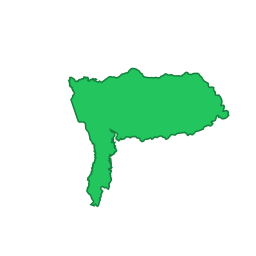 Coari, Amazonas, Brazil, rotated 214°
{"feature_id": "56859067B81707102783786", "entity_name": "Coari", "entity_type": "district", "adm_level": 2, "iso_a3": "BRA", "parent_name": "Brazil", "parent_adm1": "Amazonas", "projection": "robinson", "projection_center": [-64.001, -4.036], "detail": "fine", "context": "isolated", "style": "filled", "palette": "green", "viewbox_px": 256, "rotation_deg": 214, "n_neighbors": 0, "source": "geoboundaries", "source_scale": "gbopen_adm2", "svg_char_len": 5859}
<svg xmlns="http://www.w3.org/2000/svg" viewBox="0 0 256 256"><g transform="rotate(214 128 128)"><path d="M200.3,130.7L199.2,130.0L198.3,130.5L197.7,130.0L196.9,130.2L196.7,129.5L195.9,129.0L195.3,129.1L194.7,128.1L193.4,127.9L191.9,126.9L191.5,126.1L191.9,123.9L191.2,122.7L191.1,119.6L172.9,105.7L171.5,105.8L170.1,107.0L168.3,108.0L167.1,108.2L165.8,107.8L162.4,103.7L158.0,102.2L154.4,98.9L153.4,97.5L149.8,96.1L148.7,95.1L148.4,95.8L148.0,95.8L147.3,95.6L146.5,94.6L146.0,94.8L145.8,94.2L145.2,93.7L145.4,93.0L144.4,92.3L144.2,91.8L143.7,91.8L143.1,91.4L143.2,90.0L142.2,90.3L141.9,89.4L141.0,89.4L140.6,88.7L140.9,87.4L140.7,87.2L140.4,87.6L140.0,87.4L140.2,87.1L139.3,86.6L139.1,85.3L138.1,85.2L138.2,84.9L137.7,84.7L138.0,84.2L137.9,83.4L137.3,82.6L137.2,81.8L136.8,81.5L136.9,80.9L136.4,80.5L137.2,79.6L136.8,79.3L136.9,78.6L136.6,78.3L136.7,77.6L136.2,77.4L136.2,76.9L135.3,76.0L135.2,75.2L135.7,75.0L135.4,74.2L135.2,74.3L135.2,73.9L134.2,73.5L133.7,72.9L134.2,71.7L133.4,71.2L133.6,70.3L132.8,69.8L133.0,69.6L132.9,69.1L133.2,68.6L132.8,68.2L133.1,67.9L132.8,67.3L133.1,66.7L133.0,65.3L133.2,65.1L133.3,64.2L133.1,64.1L132.9,63.3L132.6,63.1L132.7,62.8L132.5,62.4L131.4,62.3L131.2,62.8L130.7,62.5L130.1,61.9L129.5,60.0L128.7,59.8L128.7,58.8L128.3,58.5L127.9,57.2L128.1,57.1L127.9,56.0L128.1,55.7L127.9,55.2L127.3,54.8L127.2,53.2L126.2,52.4L124.6,51.9L124.3,51.6L121.2,51.3L118.7,49.2L115.6,48.0L115.2,47.4L116.0,43.7L114.5,44.0L113.9,44.6L112.8,44.4L112.5,44.6L112.5,46.5L112.1,46.6L109.7,45.9L109.3,46.6L109.3,47.6L110.7,51.5L110.8,53.0L111.3,53.5L112.0,53.5L112.2,53.9L111.9,55.9L112.3,56.6L113.2,57.4L113.1,58.4L113.7,60.0L113.4,60.6L113.5,61.3L113.8,61.6L116.3,62.0L117.2,63.1L117.2,63.6L117.1,64.2L116.4,65.3L114.0,65.3L112.8,66.5L110.8,66.2L110.0,66.4L110.4,67.4L110.6,68.8L111.4,69.1L111.4,69.7L111.9,70.3L112.3,71.4L112.8,71.6L112.4,73.3L112.8,74.6L112.6,75.3L113.1,76.2L113.6,76.7L114.4,76.8L114.4,77.4L115.8,78.3L115.9,79.0L117.4,79.8L117.5,80.1L117.1,80.6L117.6,81.4L117.5,82.3L117.9,83.3L119.1,83.5L119.4,83.3L119.3,82.8L120.0,82.6L120.4,82.8L120.0,83.1L120.1,83.4L120.6,83.0L121.0,83.3L121.1,83.6L120.9,83.8L120.6,83.8L120.4,83.4L120.2,83.7L120.0,84.4L120.1,85.1L119.4,85.0L119.2,86.2L120.6,86.7L121.0,87.6L121.5,87.7L121.5,88.4L122.3,88.7L122.0,89.1L122.3,89.5L122.7,89.5L123.4,90.8L123.7,90.4L123.7,89.8L124.2,90.5L124.5,90.0L125.1,91.4L124.6,92.0L124.9,92.7L125.4,92.7L125.3,92.2L125.7,91.4L125.8,92.5L126.6,92.4L126.5,92.8L126.9,93.1L126.9,94.1L127.2,93.7L127.7,94.4L127.9,95.9L127.3,95.9L126.8,96.2L126.1,96.0L125.9,97.3L125.1,98.6L125.1,99.7L125.7,100.2L124.8,101.5L124.8,103.0L126.4,103.5L126.9,104.4L127.8,103.9L128.8,104.6L129.1,105.2L128.4,105.2L128.1,105.7L128.4,106.1L129.2,105.9L129.9,106.3L130.4,107.0L130.8,108.6L131.4,107.8L132.3,107.4L132.6,107.8L132.7,108.8L133.0,108.9L133.7,107.3L134.0,108.1L133.9,109.1L134.4,109.3L135.2,110.3L134.8,110.6L134.5,110.1L133.7,110.1L134.1,110.5L133.9,110.8L134.8,111.7L134.9,112.8L134.6,114.1L136.5,116.5L137.7,116.8L138.3,116.5L138.5,115.9L140.3,115.8L141.6,116.7L137.0,117.3L133.9,117.4L133.3,116.9L132.4,115.1L132.5,114.2L132.2,112.6L131.0,112.1L130.7,112.4L128.4,112.2L128.2,115.3L127.9,115.3L127.5,114.6L126.8,114.9L124.7,117.4L124.8,118.2L124.4,119.9L121.5,121.3L120.8,121.0L119.1,123.9L118.1,124.1L117.7,124.8L116.7,125.2L115.2,124.8L113.0,125.7L112.2,125.6L111.1,124.8L109.3,124.4L108.7,124.6L107.7,125.9L107.8,127.1L107.2,128.6L105.4,129.7L104.0,132.3L103.3,132.5L102.2,131.9L101.9,132.0L101.3,133.1L101.0,135.3L100.7,135.7L98.8,136.2L96.9,139.4L95.1,140.1L94.0,139.8L92.2,140.6L90.7,139.9L90.0,140.0L89.1,141.6L88.5,146.4L87.8,147.3L85.2,148.3L84.8,148.9L84.4,150.7L83.9,151.2L78.6,155.9L77.7,156.1L76.0,156.0L74.5,155.2L74.1,155.4L73.4,157.5L72.4,158.1L71.3,158.1L70.6,158.7L69.8,163.1L67.7,165.2L66.6,167.1L65.1,168.8L65.4,171.3L65.2,172.1L64.3,173.1L63.2,175.1L61.4,175.5L60.6,176.1L60.1,177.7L60.1,179.0L60.6,179.4L61.7,179.1L62.3,179.6L62.1,180.4L60.4,182.2L59.9,183.4L60.9,186.4L61.0,188.2L60.8,188.6L60.0,188.7L58.8,187.6L58.2,187.8L57.4,188.6L55.6,188.2L54.5,188.6L53.0,190.1L52.2,191.6L51.6,194.8L52.6,195.3L53.9,197.4L54.9,197.7L56.4,197.4L57.8,195.5L58.5,195.1L59.6,198.5L60.5,200.0L61.5,200.3L63.1,198.9L63.6,198.8L63.8,199.1L64.4,201.7L65.5,203.2L67.2,204.6L70.7,206.1L71.5,205.9L72.7,204.7L73.8,204.3L74.4,204.7L75.8,206.7L77.3,206.9L78.3,207.4L79.6,209.5L81.2,209.0L82.9,207.4L83.7,207.2L84.8,207.7L86.3,209.6L86.8,209.9L89.5,209.5L91.1,209.5L93.3,210.2L95.5,211.4L97.3,211.5L99.4,212.3L101.1,212.2L101.8,211.4L103.3,210.6L105.0,208.7L105.2,208.0L106.1,207.3L108.3,206.6L108.7,206.6L109.4,207.3L110.7,206.8L111.4,205.9L111.5,204.2L112.4,202.6L112.6,201.2L113.1,200.5L114.4,200.1L118.9,196.9L121.7,196.6L123.5,194.8L124.5,194.3L126.1,194.3L127.1,193.9L127.6,193.3L128.0,191.4L129.4,189.5L129.9,187.4L130.4,186.7L133.7,185.2L134.5,184.0L136.4,183.2L138.8,181.2L139.9,181.0L141.3,180.1L144.0,179.2L146.3,180.7L147.0,180.8L148.5,180.5L150.5,181.5L154.5,181.3L157.8,179.8L158.4,179.1L159.1,176.6L159.1,174.0L159.3,173.5L160.7,172.2L161.8,170.5L163.2,169.2L164.0,165.6L164.8,164.0L166.0,162.9L168.0,162.6L169.5,161.3L171.3,160.8L172.2,159.9L175.4,151.0L177.9,150.9L178.2,149.6L179.1,149.1L180.7,149.1L181.5,148.7L182.1,148.9L182.3,149.4L182.2,150.0L181.6,150.6L182.4,150.7L183.3,149.5L183.5,148.2L183.9,148.4L184.6,149.4L184.9,149.1L185.4,147.7L186.3,146.9L186.2,145.7L186.4,145.1L187.8,144.9L188.1,146.3L189.6,147.4L190.6,146.9L190.7,145.9L192.3,146.2L193.1,145.4L192.4,144.7L192.3,144.1L193.0,143.3L193.6,143.3L194.7,141.1L195.2,141.1L195.6,140.7L195.7,139.6L195.5,138.8L196.5,138.6L196.7,137.7L197.2,137.3L198.5,137.5L199.4,138.3L201.0,138.4L203.4,138.2L204.4,137.4L204.4,136.9L203.9,136.7L203.1,135.3L203.4,135.0L203.1,134.5L203.6,134.2L202.1,133.1L201.4,132.9L201.4,132.1L200.2,131.3L200.3,130.7Z" fill="#22c55e" stroke="#15803d" stroke-width="1.5"/></g></svg>